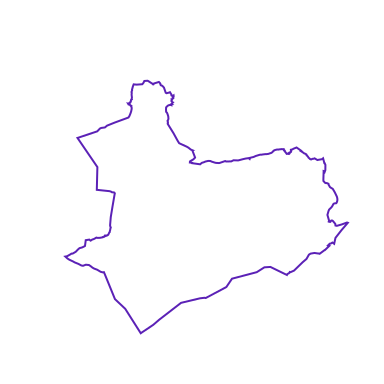 outline of Huaniqueo, Michoacán, Mexico, rotated 163°
{"feature_id": "50627088B18619680488103", "entity_name": "Huaniqueo", "entity_type": "district", "adm_level": 2, "iso_a3": "MEX", "parent_name": "Mexico", "parent_adm1": "Michoacán", "projection": "robinson", "projection_center": [-101.528, 19.878], "detail": "fine", "context": "isolated", "style": "outline", "palette": "violet", "viewbox_px": 384, "rotation_deg": 163, "n_neighbors": 0, "source": "geoboundaries", "source_scale": "gbopen_adm2", "svg_char_len": 5763}
<svg xmlns="http://www.w3.org/2000/svg" viewBox="0 0 384 384"><g transform="rotate(163 192 192)"><path d="M285.7,277.2L275.2,243.5L282.4,221.9L270.6,216.9L269.6,216.2L269.1,215.8L268.7,215.2L267.5,214.7L267.2,214.6L266.5,214.2L266.4,213.9L266.2,213.3L266.9,212.0L272.2,201.5L277.0,191.8L280.0,184.3L280.2,183.5L280.1,181.7L280.5,181.4L280.7,180.8L281.0,180.4L281.3,179.7L282.2,178.3L282.3,177.8L283.0,177.4L284.6,175.6L285.0,175.6L285.5,175.3L286.4,175.2L286.7,175.5L287.3,175.5L287.6,175.2L288.0,175.4L288.1,175.7L288.8,175.3L289.0,174.9L290.1,174.9L290.4,175.0L290.6,174.8L291.7,174.9L293.4,175.1L295.0,175.5L296.2,175.9L296.6,176.3L297.2,176.3L298.6,175.9L299.8,175.7L301.3,175.7L303.2,175.1L303.3,175.2L304.1,176.5L307.7,177.0L310.1,171.7L311.3,171.4L313.4,171.1L316.0,171.2L317.8,170.4L320.7,168.8L324.1,168.0L325.3,168.3L326.6,167.9L330.2,167.1L332.0,167.3L330.6,164.9L329.1,163.1L326.1,160.4L324.8,159.0L321.7,156.5L319.3,154.1L317.8,153.3L314.8,153.5L311.9,152.3L310.6,150.7L309.3,148.8L308.0,147.4L305.4,145.4L302.7,142.4L300.6,141.1L299.7,141.1L299.5,139.6L297.0,112.1L290.0,99.8L282.3,71.9L281.2,72.3L267.9,76.3L260.6,79.5L234.9,89.2L215.5,88.0L211.0,87.2L209.9,86.6L186.9,91.1L179.1,97.4L153.5,96.4L144.8,98.8L138.9,97.4L125.5,84.9L125.0,85.5L124.6,85.7L123.0,86.0L122.3,86.5L121.9,86.9L121.4,86.5L117.4,87.0L106.7,92.5L102.1,94.5L98.5,97.9L96.6,98.4L92.7,97.9L88.9,96.1L88.6,96.1L88.0,95.6L82.1,97.7L81.9,97.6L76.5,100.3L77.6,101.1L75.4,102.3L74.5,102.1L72.5,102.6L71.2,100.9L69.0,104.8L68.2,106.2L60.2,111.8L52.0,117.0L52.7,117.5L58.2,117.2L63.4,117.3L64.6,118.0L64.3,119.6L65.1,121.6L65.8,123.2L66.5,123.9L67.4,123.9L68.4,123.0L69.1,123.3L69.4,123.3L69.9,123.7L69.3,124.5L69.2,130.5L67.0,133.9L66.0,135.1L63.5,136.4L62.7,136.9L61.5,137.9L60.6,138.9L60.2,139.2L59.7,139.4L59.2,139.4L58.8,139.4L57.8,139.2L57.5,139.1L57.2,139.2L57.0,139.4L56.7,139.6L56.4,140.0L55.7,141.0L55.3,141.9L55.1,142.5L55.0,142.9L54.9,143.7L54.8,144.6L54.9,145.8L55.1,147.1L55.4,149.1L55.7,150.7L56.5,153.9L57.8,155.3L58.7,156.5L58.9,157.7L59.1,158.4L59.2,158.7L59.1,160.0L60.3,160.9L60.4,161.1L61.6,161.5L62.0,161.8L63.1,164.1L62.8,165.3L60.1,173.2L60.0,173.6L59.2,173.1L59.1,172.6L58.1,173.9L56.5,178.9L56.7,180.8L57.0,180.9L56.8,185.3L56.8,185.9L57.5,185.6L57.8,185.4L58.4,185.4L61.4,185.8L62.7,185.9L63.0,186.2L64.9,188.3L65.2,188.2L65.7,188.3L66.3,188.3L66.8,188.4L67.1,188.5L67.9,188.4L68.4,188.3L68.6,188.3L68.8,188.5L69.5,189.0L69.8,189.7L70.3,190.4L70.5,190.7L70.7,191.6L70.9,192.2L71.1,192.6L71.2,192.9L71.6,193.4L71.5,193.5L71.6,194.4L72.3,195.3L73.4,196.1L74.1,197.1L75.6,198.9L75.2,198.9L75.5,199.5L79.0,204.0L81.3,203.8L82.4,203.7L83.4,203.4L84.2,203.4L84.8,203.5L85.0,203.5L85.0,202.7L85.1,202.4L85.5,202.3L85.6,202.1L85.6,201.9L85.4,201.7L85.5,201.5L85.8,201.3L87.3,201.2L87.2,200.6L87.3,200.4L87.8,200.1L88.2,200.0L88.4,200.1L88.5,200.3L88.5,200.5L88.9,200.7L89.1,200.5L89.3,200.5L89.5,200.6L89.7,200.8L90.3,200.8L90.4,201.1L90.5,201.5L90.9,202.5L91.0,202.9L91.2,203.2L91.2,203.5L91.2,203.9L91.5,204.2L91.3,204.6L91.5,205.0L91.7,204.9L91.9,205.1L91.9,205.3L91.7,206.1L92.1,206.3L93.4,206.6L93.7,206.8L94.9,207.0L96.4,207.3L97.0,207.3L98.0,207.7L98.6,207.8L99.6,207.8L100.2,207.9L100.8,207.8L101.4,207.6L101.6,207.7L101.8,207.6L102.3,207.4L102.8,207.0L104.0,206.4L104.8,206.2L106.6,206.2L107.6,206.1L109.6,206.4L111.0,206.8L113.2,207.2L114.8,207.4L115.1,207.5L115.6,207.7L116.4,207.8L120.6,207.8L121.4,207.7L121.7,207.6L121.9,207.6L123.2,207.5L124.3,207.6L126.3,207.7L126.6,207.5L127.2,206.7L127.8,207.6L127.5,207.8L128.4,207.9L129.0,208.0L130.9,208.3L133.7,208.5L138.6,208.7L143.0,210.2L145.5,209.8L150.5,211.2L151.2,211.9L157.2,211.7L157.3,211.7L157.8,211.8L159.1,212.3L160.0,212.6L160.9,213.0L161.2,213.2L161.7,213.5L164.6,215.5L164.9,215.9L165.4,216.3L167.5,217.0L168.9,217.1L170.4,217.2L171.8,217.0L174.1,217.0L174.6,216.8L176.1,216.1L183.4,219.5L183.3,219.8L185.4,220.8L185.2,221.2L185.1,221.7L184.9,221.9L183.0,222.4L181.8,222.6L180.6,223.1L179.0,224.0L179.0,224.3L179.5,231.8L179.4,231.8L180.7,232.9L182.5,235.5L183.8,236.9L190.0,242.4L190.6,244.6L190.9,245.9L192.5,253.6L195.2,263.8L195.3,264.3L195.0,264.6L195.0,265.0L194.7,265.4L194.7,265.7L194.6,265.9L194.7,266.1L194.6,266.4L194.6,266.6L194.6,267.2L193.6,268.1L193.5,268.3L193.1,269.0L192.6,271.3L192.6,273.2L192.7,274.9L193.3,276.3L192.7,278.6L192.0,280.5L190.0,281.6L188.6,281.8L188.4,281.8L187.6,281.6L187.2,281.8L186.6,281.3L186.6,281.6L185.8,281.6L186.1,281.9L186.1,282.1L184.9,282.7L184.1,283.2L184.5,283.5L185.1,285.1L184.7,285.4L184.5,285.7L184.3,285.9L184.4,286.7L184.0,286.7L183.7,286.7L183.0,287.0L182.5,287.1L182.4,287.6L182.6,288.0L182.0,288.2L181.7,288.6L181.5,289.1L181.4,289.7L181.9,289.5L182.5,289.3L183.4,290.3L183.1,290.8L183.9,293.9L184.4,293.8L184.8,293.8L185.3,293.8L187.4,293.9L188.1,294.6L188.3,300.0L188.9,301.4L189.8,302.7L190.6,303.2L190.8,303.9L190.6,304.7L190.9,305.8L191.5,306.9L193.8,306.9L196.7,306.9L197.4,306.2L197.8,306.3L198.4,307.4L199.5,308.6L201.4,310.9L202.0,311.4L205.1,312.1L206.5,310.6L208.0,309.6L212.0,310.5L213.7,310.9L216.3,312.0L217.7,310.2L219.5,307.3L219.6,306.6L220.4,305.7L220.7,304.9L220.6,304.4L221.2,303.1L221.5,301.8L221.8,300.0L222.4,298.8L222.5,298.6L222.4,298.3L222.4,298.2L222.7,298.1L223.1,298.1L223.5,297.7L223.7,297.3L223.8,297.0L224.0,296.5L224.4,296.2L224.6,296.1L224.6,295.8L224.8,295.6L225.6,295.6L225.9,295.5L226.2,294.7L226.6,294.8L227.3,295.2L227.1,294.3L226.6,294.2L226.4,293.9L225.9,293.8L225.8,293.3L225.6,292.7L224.9,292.3L224.8,292.1L225.2,291.8L225.2,291.6L225.0,290.8L225.1,290.2L225.3,289.4L225.6,288.7L225.8,288.4L226.1,287.8L226.6,286.9L227.8,285.2L229.6,283.0L231.0,281.8L245.5,281.0L253.8,280.3L256.4,279.2L260.1,279.8L261.5,279.6L264.9,277.7L285.7,277.2Z" fill="none" stroke="#5b21b6" stroke-width="2"/></g></svg>